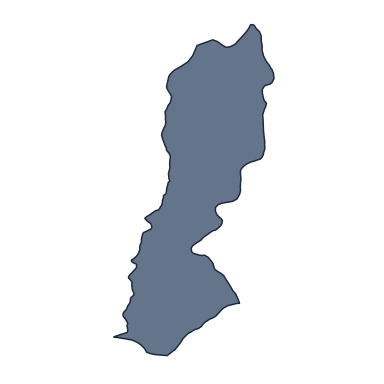 Ose, Ondo, Nigeria, rotated 174°
{"feature_id": "59680162B83455285452940", "entity_name": "Ose", "entity_type": "district", "adm_level": 2, "iso_a3": "NGA", "parent_name": "Nigeria", "parent_adm1": "Ondo", "projection": "mercator", "projection_center": [5.755, 7.05], "detail": "fine", "context": "isolated", "style": "filled", "palette": "slate", "viewbox_px": 384, "rotation_deg": 174, "n_neighbors": 0, "source": "geoboundaries", "source_scale": "gbopen_adm2", "svg_char_len": 4299}
<svg xmlns="http://www.w3.org/2000/svg" viewBox="0 0 384 384"><g transform="rotate(174 192 192)"><path d="M240.5,171.7L241.6,170.7L240.8,169.3L239.7,168.0L238.4,166.6L237.4,165.8L236.1,164.4L235.6,161.7L235.9,160.6L236.7,159.6L237.7,159.0L239.6,158.5L241.4,157.7L242.8,157.2L244.1,156.9L245.2,155.9L246.2,153.4L246.8,151.8L247.3,149.9L247.4,148.3L247.6,147.3L249.3,144.3L249.8,141.9L249.8,140.0L250.6,138.6L251.7,136.8L252.5,135.4L254.1,133.8L256.3,132.2L257.6,131.4L259.4,130.6L259.4,129.3L257.9,127.8L254.7,126.0L255.0,122.8L255.8,122.0L257.2,120.6L259.3,118.8L260.4,117.7L262.0,116.6L262.5,116.1L263.8,114.7L264.1,113.5L264.1,113.1L262.8,111.5L261.0,108.3L261.6,106.1L261.6,102.6L261.6,101.8L261.4,100.2L260.4,98.0L260.6,95.8L262.2,94.5L263.6,93.4L264.4,92.4L264.7,89.9L265.5,88.1L266.6,86.7L267.9,85.4L268.7,83.5L270.0,81.6L271.4,80.5L272.2,79.8L273.2,78.2L273.5,76.8L273.3,75.4L272.8,74.4L272.0,73.5L271.2,71.9L270.4,70.3L269.9,69.2L269.7,67.9L270.2,66.8L270.8,65.4L270.5,64.4L270.3,60.8L271.1,59.2L273.0,58.7L274.8,58.2L277.4,57.9L279.3,57.4L280.9,56.9L283.0,56.6L285.4,55.8L281.6,55.2L277.3,53.9L274.2,53.1L272.6,52.7L272.4,52.6L267.1,51.0L262.4,48.4L258.5,45.0L255.5,41.2L253.8,37.4L253.2,37.1L250.4,35.7L249.0,35.2L246.6,34.4L242.7,33.6L238.7,32.8L237.9,32.7L233.8,31.9L233.0,32.4L230.8,33.7L227.0,36.2L225.7,36.7L223.6,38.8L219.4,43.1L216.0,47.4L213.4,49.6L210.5,51.7L207.5,53.0L204.1,54.7L199.8,55.6L199.2,56.0L196.5,57.4L195.2,59.1L192.2,61.6L190.5,62.1L188.4,63.4L185.8,64.2L183.3,65.1L180.8,66.4L179.1,68.1L177.4,69.4L174.8,72.0L171.9,73.7L168.9,75.0L166.3,75.5L162.9,75.9L160.0,76.4L156.5,76.4L156.6,77.7L157.4,80.6L158.3,83.2L159.2,86.2L161.7,89.6L162.6,91.7L163.5,93.9L165.2,97.3L166.9,100.7L168.2,103.2L169.1,105.4L169.3,105.7L169.8,106.1L171.6,107.9L175.5,110.9L177.6,113.0L178.0,115.1L178.5,118.6L178.9,119.4L180.9,122.5L182.8,125.4L186.2,127.9L189.2,127.9L192.2,128.7L193.0,129.2L196.9,130.8L198.6,132.5L198.6,136.4L197.3,138.1L195.6,139.4L189.7,142.4L188.0,143.3L186.3,145.0L183.8,146.7L181.2,148.0L177.4,150.2L174.8,151.5L172.7,151.5L171.4,152.3L167.6,154.9L165.6,157.3L165.5,157.5L164.7,160.5L166.0,162.6L167.2,163.9L169.4,166.5L170.7,170.3L170.3,174.1L167.3,176.7L163.9,177.6L160.5,178.0L158.8,178.0L152.4,178.5L150.3,179.4L148.2,180.2L146.5,182.4L144.8,185.0L144.0,187.1L143.5,188.8L143.6,190.9L143.5,191.2L143.1,193.9L142.7,196.5L142.3,197.8L141.9,200.4L141.9,204.6L141.5,208.5L139.8,210.6L137.7,212.3L134.7,214.1L132.6,214.9L129.6,215.8L127.1,216.2L123.3,217.1L120.7,217.6L118.6,219.3L117.3,221.4L116.5,224.0L115.2,227.0L114.8,229.1L114.8,232.5L114.4,233.8L114.4,235.5L114.5,239.4L114.5,244.9L114.1,251.3L113.7,256.9L113.7,261.1L111.2,267.1L109.9,268.9L108.7,272.6L109.8,274.1L110.8,275.7L111.7,282.5L111.3,286.8L109.2,289.4L107.9,290.2L105.8,290.7L103.2,291.1L101.1,292.4L100.0,293.9L99.9,294.1L98.6,296.2L98.6,300.1L98.6,301.8L99.1,303.1L99.7,305.7L100.4,306.4L101.5,309.0L102.1,310.3L104.2,313.7L106.0,318.0L106.8,320.5L107.0,322.9L107.6,325.1L106.9,329.9L107.3,335.0L106.9,340.2L107.4,341.8L108.2,344.4L111.2,348.2L112.5,350.8L113.8,352.1L116.4,352.1L118.0,349.5L119.7,347.3L122.7,344.3L126.9,340.5L128.0,339.5L130.3,337.5L133.7,334.5L138.0,332.7L141.4,332.3L143.1,332.3L147.3,335.7L148.8,337.1L149.5,337.8L152.0,339.5L154.3,340.6L155.5,341.2L156.9,340.8L157.4,340.7L171.6,337.2L175.7,329.9L177.1,327.4L179.2,325.2L181.3,323.1L182.6,321.8L190.2,317.9L194.1,316.2L197.0,314.9L201.3,311.5L203.0,309.3L206.3,299.5L205.9,296.9L205.0,295.2L204.1,293.1L203.3,291.8L202.4,289.3L203.2,285.8L204.4,283.0L204.5,282.8L204.7,282.7L205.0,282.3L206.6,280.7L208.3,277.3L209.7,275.5L210.4,274.7L210.4,270.9L210.8,267.0L210.8,266.6L210.8,264.0L211.6,261.0L213.3,258.5L215.4,254.6L215.9,252.8L216.1,252.3L216.2,251.8L216.3,251.6L215.8,248.6L215.4,246.5L214.5,243.5L214.1,241.4L213.2,239.2L212.8,235.8L211.0,233.3L209.7,229.9L211.0,224.3L211.4,220.9L211.4,218.8L212.2,216.2L213.5,212.8L213.5,210.6L213.5,208.9L213.6,208.0L212.9,205.2L214.6,204.0L215.1,202.5L215.6,201.3L215.8,200.8L216.0,200.2L216.8,198.2L217.6,194.4L218.3,192.8L220.7,191.5L221.0,189.4L221.8,187.8L222.4,185.9L222.9,183.7L223.5,182.1L226.4,178.6L226.7,178.2L227.2,177.6L229.9,177.3L232.5,176.0L233.9,175.2L235.2,174.4L237.6,173.1L239.2,172.5L240.5,171.7Z" fill="#64748b" stroke="#1e293b" stroke-width="1.5"/></g></svg>